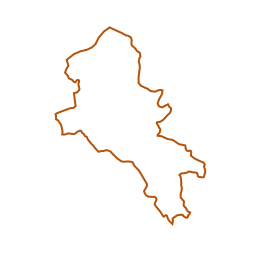 Meknès - Tafilalet, Robinson projection, rotated 170°
{"feature_id": "MAR-1452", "entity_name": "Meknès - Tafilalet", "entity_type": "Region", "adm_level": 1, "iso_a3": "MAR", "parent_name": "Morocco", "parent_adm1": "", "projection": "robinson", "projection_center": [-5.04, 32.255], "detail": "fine", "context": "isolated", "style": "outline", "palette": "amber", "viewbox_px": 256, "rotation_deg": 170, "n_neighbors": 0, "source": "natural_earth", "source_scale": "10m", "svg_char_len": 2946}
<svg xmlns="http://www.w3.org/2000/svg" viewBox="0 0 256 256"><g transform="rotate(170 128 128)"><path d="M196.9,154.3L194.5,155.1L182.0,157.4L180.5,157.5L178.6,157.1L175.8,158.6L175.2,171.7L172.1,171.9L169.7,173.6L169.2,174.3L169.0,175.2L169.3,179.0L169.2,180.2L168.3,181.7L168.0,182.7L168.2,183.6L168.7,184.0L169.4,184.1L170.2,183.7L171.4,182.5L172.0,182.2L172.8,182.4L173.4,183.1L174.6,185.0L175.3,185.7L176.9,186.5L177.4,186.9L177.8,187.9L178.0,188.7L178.0,189.7L180.4,193.5L178.0,197.4L175.9,199.5L176.2,202.7L176.5,205.8L168.5,210.1L161.4,211.8L154.8,212.2L149.7,213.6L145.6,216.1L140.8,222.4L134.8,227.3L128.6,230.2L122.0,225.6L117.4,222.5L114.0,219.6L111.8,218.8L109.4,216.6L109.1,213.5L109.9,211.3L110.0,208.8L108.4,206.9L106.8,204.7L106.1,202.8L104.7,201.2L103.4,200.2L103.3,197.8L103.4,196.0L104.6,194.9L105.9,191.4L105.6,188.8L105.8,185.7L108.8,176.1L109.7,170.5L108.0,167.4L101.5,162.8L99.5,160.6L96.9,159.6L94.7,159.1L91.6,159.9L89.3,159.8L87.5,159.1L88.5,155.7L92.4,150.9L94.5,147.2L93.8,144.0L90.8,142.4L84.5,144.4L83.6,141.6L82.3,140.2L82.6,137.9L83.9,135.7L87.0,133.7L91.7,130.0L93.5,129.2L95.2,128.6L98.6,128.5L98.9,127.6L97.7,124.8L97.4,123.1L96.4,121.2L97.2,118.7L98.5,117.2L100.1,115.9L100.2,115.2L96.6,114.2L91.1,110.4L85.9,108.4L80.7,103.3L74.7,100.9L74.6,98.7L74.9,97.6L74.0,95.6L72.8,94.9L70.6,94.9L69.9,94.2L70.1,92.2L70.5,91.3L70.8,89.8L67.9,86.5L62.8,82.8L61.3,82.0L59.4,80.6L58.7,78.4L59.9,76.9L59.5,74.6L59.2,73.5L59.5,72.1L59.6,71.1L60.9,68.6L61.6,66.8L62.6,66.4L63.8,66.6L66.6,67.5L67.5,68.3L67.6,69.4L67.7,70.3L67.6,71.3L68.2,72.0L70.2,72.7L71.2,72.9L72.3,73.2L73.1,73.8L75.5,74.5L76.6,74.5L77.4,73.9L78.6,73.7L83.5,73.9L84.6,73.4L85.5,72.8L85.0,72.0L84.7,71.1L84.7,70.2L84.7,68.9L84.7,67.8L85.0,66.4L84.8,65.1L85.4,63.6L85.6,61.9L85.4,60.3L85.4,59.2L86.4,56.3L87.5,54.2L88.2,50.7L87.7,49.4L87.0,48.6L86.6,47.5L85.9,46.6L85.6,45.7L86.7,42.2L86.2,41.0L85.3,39.7L84.5,38.5L84.5,37.5L83.5,35.5L83.0,34.9L81.5,34.1L82.4,32.5L83.8,31.6L84.3,30.4L85.0,29.8L85.5,29.3L87.5,30.3L88.1,31.1L88.8,31.7L89.1,32.8L90.2,33.3L91.4,33.4L93.2,33.4L94.7,33.5L99.0,31.6L99.8,31.0L99.9,30.2L99.6,29.3L101.0,25.8L102.8,28.4L103.9,30.0L104.4,31.8L104.8,33.6L104.9,34.8L105.5,35.5L106.7,35.3L107.4,34.8L108.3,34.5L108.9,35.6L110.7,39.9L114.2,46.2L115.0,48.2L114.4,49.5L112.3,52.6L112.5,54.2L113.7,55.5L119.7,56.8L121.6,58.2L122.8,60.5L123.1,63.2L119.6,67.3L119.0,69.4L124.5,84.0L128.0,89.2L128.8,91.2L129.1,92.9L130.6,94.2L134.0,95.1L137.5,95.4L140.2,96.2L144.3,100.4L148.4,106.3L149.3,107.9L151.1,109.1L153.2,109.9L156.6,109.6L158.2,109.9L161.2,109.7L163.8,113.7L164.9,116.0L167.7,120.2L169.6,124.0L170.2,126.5L171.9,127.6L172.5,129.7L174.1,131.3L174.6,133.1L175.7,133.7L178.1,133.2L180.0,132.3L181.2,131.5L182.9,131.5L184.9,132.1L186.4,132.7L188.2,133.1L190.2,132.7L192.2,132.6L193.9,133.1L193.1,135.6L193.1,139.8L193.5,143.0L195.6,147.7L197.3,149.0L196.9,151.6L196.9,154.3Z" fill="none" stroke="#b45309" stroke-width="2"/></g></svg>